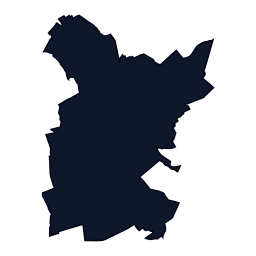 Bradu, Arges, Romania
{"feature_id": "2599482B70159888613822", "entity_name": "Bradu", "entity_type": "district", "adm_level": 2, "iso_a3": "ROU", "parent_name": "Romania", "parent_adm1": "Arges", "projection": "natural_earth1", "projection_center": [24.915, 44.792], "detail": "fine", "context": "isolated", "style": "filled", "palette": "ink", "viewbox_px": 256, "rotation_deg": 0, "n_neighbors": 0, "source": "geoboundaries", "source_scale": "gbopen_adm2", "svg_char_len": 5573}
<svg xmlns="http://www.w3.org/2000/svg" viewBox="0 0 256 256"><path d="M162.7,237.0L162.7,235.9L165.5,230.4L165.4,227.3L165.2,226.1L164.8,224.8L164.4,223.4L164.4,223.2L167.5,221.1L169.6,219.6L171.3,218.5L172.3,217.6L172.6,217.1L172.8,216.7L177.0,207.5L179.0,202.9L177.2,202.4L176.4,202.1L176.1,202.0L175.7,201.9L174.8,201.7L174.5,201.5L172.3,201.1L169.7,200.5L168.3,200.0L167.5,199.3L166.9,198.2L165.8,196.7L165.0,195.6L164.8,195.2L164.6,194.5L163.7,193.5L163.2,193.1L162.5,192.7L159.1,191.3L150.1,189.4L148.9,187.9L147.8,186.4L142.7,180.2L141.4,178.8L141.2,178.7L140.5,178.1L139.6,177.0L139.5,176.9L146.7,171.0L153.8,165.0L155.8,163.3L158.1,161.4L159.4,160.2L161.3,161.2L162.4,162.0L162.9,162.2L163.4,162.7L164.2,163.7L164.6,164.4L165.3,165.1L166.7,165.5L167.7,165.9L168.5,166.3L169.4,167.2L169.8,167.5L170.1,167.7L170.4,168.0L170.6,168.4L170.9,168.7L171.4,168.9L173.8,169.4L174.3,169.6L174.9,169.9L175.4,170.4L176.4,170.9L177.2,171.5L177.6,171.6L177.9,171.0L178.5,169.7L179.1,168.3L179.6,167.2L180.2,166.0L178.0,166.4L177.3,166.7L175.7,166.9L173.0,167.0L171.9,166.8L169.8,165.6L170.0,163.4L170.2,162.5L170.4,162.0L170.3,161.4L170.0,161.2L167.9,159.8L167.0,159.3L165.1,158.0L164.3,157.5L163.5,157.0L163.1,156.7L160.8,154.8L160.2,154.1L159.3,153.1L158.6,152.1L157.3,149.7L157.2,149.2L157.3,148.6L157.8,148.1L158.2,147.9L159.0,147.9L160.2,147.9L160.7,148.1L161.4,148.6L161.8,148.7L162.2,148.7L163.1,148.2L163.5,148.1L163.8,148.1L166.0,148.2L166.6,148.2L169.1,148.4L170.7,148.3L172.0,148.1L173.5,147.6L174.8,147.1L175.3,146.8L173.6,143.9L171.8,140.6L173.5,139.8L175.7,133.0L172.7,127.5L174.6,126.5L173.9,125.1L175.0,125.0L174.8,124.1L174.2,123.3L177.8,121.1L177.1,119.7L176.4,118.4L176.8,118.2L180.3,116.5L180.2,116.2L181.5,115.6L181.2,114.9L183.3,113.9L182.9,113.1L183.1,113.0L183.6,112.8L183.2,112.1L187.9,110.0L188.4,109.8L189.7,109.1L188.8,107.4L188.3,106.5L187.8,105.7L186.5,106.4L185.8,105.1L185.3,104.0L186.5,103.9L187.2,103.7L188.3,103.4L192.2,101.9L192.6,101.7L195.3,100.6L202.9,97.7L203.5,97.5L203.8,97.2L203.7,97.1L213.2,88.0L213.5,87.7L209.5,84.0L201.8,77.7L202.6,78.0L203.2,77.3L203.0,77.1L203.2,76.9L204.3,75.9L204.7,75.4L204.9,74.7L205.0,73.8L204.9,73.2L204.7,72.9L204.6,72.2L204.2,72.0L204.0,71.9L203.7,71.6L206.8,61.5L213.0,39.8L212.0,40.5L209.0,40.9L207.3,41.6L204.6,41.9L202.1,43.0L199.3,44.6L196.8,46.4L192.0,54.0L189.5,56.5L187.9,57.3L183.5,58.5L182.8,58.4L176.4,50.6L176.2,50.4L174.9,51.6L160.2,65.1L154.7,62.3L153.1,59.5L143.7,54.1L141.2,55.3L141.0,54.9L133.6,58.3L132.6,56.6L130.3,57.6L129.9,56.8L127.4,58.0L127.8,58.6L126.5,59.2L125.1,56.7L124.8,56.0L124.4,56.2L123.9,56.1L123.3,56.5L122.5,54.9L121.0,57.1L119.9,58.5L119.8,59.0L119.9,60.7L119.1,60.8L117.9,54.9L116.8,49.4L115.9,45.2L115.4,42.9L115.0,40.8L113.3,38.1L112.2,36.8L110.5,34.5L110.4,34.3L109.1,35.0L106.5,35.7L105.8,35.9L103.8,36.0L103.4,35.9L102.8,35.4L102.1,34.7L101.6,34.2L101.1,34.0L100.2,33.9L100.0,33.7L99.8,33.4L99.6,32.6L99.4,32.0L99.1,31.3L97.4,29.8L97.3,29.5L96.9,28.4L95.9,27.7L94.0,25.8L92.1,24.3L90.6,23.4L88.9,22.2L86.7,20.7L79.2,15.4L76.9,16.1L76.3,16.4L73.0,18.5L71.8,15.9L70.0,16.8L69.3,15.6L65.4,17.9L63.9,15.9L62.4,16.8L62.1,16.9L60.7,17.8L58.6,19.1L59.7,20.4L60.8,21.7L61.4,22.6L61.9,23.5L62.3,24.6L61.6,26.3L60.3,25.4L59.6,25.0L56.9,23.1L56.5,23.1L55.4,25.1L54.5,26.3L54.0,26.9L53.5,27.4L51.6,29.5L48.5,33.0L49.1,33.8L49.9,34.6L50.3,34.6L50.9,34.4L51.2,34.4L51.4,34.5L51.6,34.7L51.6,35.2L51.4,35.6L51.9,36.3L51.9,36.5L51.7,37.0L52.1,37.8L51.4,38.3L50.4,39.2L50.2,39.6L43.7,51.7L43.8,51.7L44.2,51.7L44.4,51.6L44.6,51.6L45.0,51.6L45.4,51.5L45.7,51.5L46.1,51.5L46.3,51.5L46.6,51.6L47.3,51.9L48.5,52.3L49.0,52.6L50.0,52.9L50.9,53.1L51.8,53.4L52.6,53.8L53.0,53.9L53.8,54.2L53.3,55.3L53.0,55.8L53.0,56.0L56.0,58.3L57.8,60.0L59.5,62.0L60.0,62.9L60.3,63.5L60.3,63.8L63.3,67.6L65.0,70.4L66.0,71.9L66.4,72.9L66.5,74.1L66.6,75.0L67.8,78.7L68.1,79.2L68.4,79.4L68.2,78.8L70.4,77.2L70.8,77.1L71.4,77.0L72.7,77.2L74.1,77.4L74.7,78.4L76.8,82.7L77.5,83.3L78.1,83.5L78.4,85.6L78.6,86.8L78.8,88.2L79.3,91.4L80.1,92.8L75.7,95.4L73.5,96.5L71.2,98.0L70.7,98.2L69.7,98.6L69.0,98.8L68.0,99.4L66.5,100.2L64.2,101.5L62.9,102.4L61.6,103.2L60.3,103.9L58.8,104.8L59.3,105.4L59.6,105.9L59.7,106.3L59.8,107.5L59.7,108.3L58.8,112.3L58.8,112.9L58.9,113.3L59.6,114.7L60.2,115.7L60.3,116.3L60.1,119.1L60.4,120.1L61.0,121.2L61.3,122.2L61.1,123.0L60.5,125.2L60.6,125.8L61.1,126.9L51.2,129.4L53.3,130.8L53.2,130.8L54.4,131.5L54.9,132.0L55.4,132.8L50.6,133.7L46.0,134.7L47.0,137.5L49.5,144.7L50.7,148.4L50.7,149.1L50.5,152.5L50.8,154.5L51.2,154.9L51.2,155.7L49.4,156.3L49.9,162.2L50.0,167.9L50.2,170.4L50.2,172.8L50.3,173.7L50.6,175.5L51.0,177.5L52.8,182.9L53.1,184.1L53.1,184.3L53.3,184.9L54.6,188.1L54.0,188.4L49.3,190.3L48.9,190.5L47.6,191.1L45.2,192.0L42.8,192.8L42.8,193.2L42.8,193.6L42.5,194.3L42.6,194.8L42.7,195.8L42.9,196.6L43.5,197.1L43.8,197.5L44.0,198.3L48.3,207.4L48.6,208.8L51.8,214.7L50.7,215.7L50.2,223.1L50.7,225.3L49.8,227.6L49.7,236.0L58.5,233.2L58.1,231.7L69.1,228.3L83.0,224.3L85.0,240.5L98.5,240.6L99.7,240.5L102.4,240.3L105.7,239.2L127.7,228.4L128.0,228.2L134.4,224.1L134.6,224.4L135.7,226.2L136.7,227.7L137.6,228.9L138.7,230.0L139.5,230.5L140.4,229.8L141.1,229.1L142.7,227.7L143.8,228.5L144.2,229.6L145.0,230.1L145.3,230.3L146.2,230.5L147.8,229.6L150.1,230.7L150.6,230.9L150.6,231.1L152.1,231.4L153.0,231.5L152.8,233.1L145.4,238.1L145.5,238.2L146.7,238.7L150.6,239.4L152.1,239.2L154.2,238.8L154.7,238.6L156.0,238.7L157.3,238.9L159.0,237.6L159.5,237.2L160.2,236.2L160.6,236.4L161.6,236.5L162.2,236.7L162.5,236.7L162.7,237.0Z" fill="#0f172a" stroke="#020617" stroke-width="1.5"/></svg>